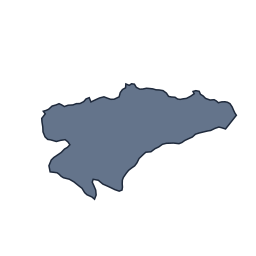 outline of Cubatão, São Paulo, Brazil, rotated 39°
{"feature_id": "56859067B74621499871087", "entity_name": "Cubatão", "entity_type": "district", "adm_level": 2, "iso_a3": "BRA", "parent_name": "Brazil", "parent_adm1": "São Paulo", "projection": "natural_earth1", "projection_center": [-46.406, -23.861], "detail": "fine", "context": "isolated", "style": "filled", "palette": "slate", "viewbox_px": 256, "rotation_deg": 39, "n_neighbors": 0, "source": "geoboundaries", "source_scale": "gbopen_adm2", "svg_char_len": 1845}
<svg xmlns="http://www.w3.org/2000/svg" viewBox="0 0 256 256"><g transform="rotate(39 128 128)"><path d="M204.4,67.4L204.2,49.9L201.6,49.1L199.1,47.9L195.7,46.1L191.9,44.9L189.1,45.4L186.8,46.6L184.3,48.8L182.3,51.5L179.6,51.4L177.1,51.8L174.2,54.6L169.6,56.2L166.2,55.8L163.1,56.2L160.2,54.7L157.2,56.3L155.5,58.7L157.9,59.7L156.6,64.1L154.8,68.2L152.5,70.6L150.6,72.9L148.3,74.3L145.2,74.5L142.2,76.6L139.6,77.9L135.9,76.7L131.7,76.9L128.3,78.8L125.7,80.7L122.6,82.0L119.8,83.8L117.3,85.5L114.8,88.6L112.7,90.4L108.9,91.2L105.4,89.9L102.9,91.4L102.1,94.1L98.6,95.1L100.8,98.3L99.5,101.6L99.7,105.4L101.5,109.4L99.1,114.4L96.5,116.6L93.1,117.8L89.7,118.9L87.0,122.5L85.2,126.1L82.8,131.1L78.8,128.8L77.1,131.8L77.0,135.3L75.3,139.2L72.5,141.6L70.7,144.7L67.1,148.0L65.0,151.4L61.8,151.8L59.1,152.5L57.6,155.3L55.2,158.7L54.5,163.4L53.2,166.0L51.6,168.3L54.8,169.1L54.9,174.8L57.3,177.4L61.1,180.8L64.4,184.5L69.1,187.1L72.8,187.4L75.1,186.0L77.9,184.8L80.8,183.6L83.4,180.0L86.5,176.6L90.0,176.6L93.4,177.6L93.1,181.2L91.9,184.3L91.5,189.1L88.9,197.6L88.5,201.2L90.3,207.1L95.1,211.1L98.6,208.9L101.1,207.4L103.7,207.3L106.3,207.6L109.1,207.3L114.7,204.7L119.9,203.9L125.9,203.9L130.2,203.8L135.0,205.5L138.1,205.7L143.4,204.3L146.8,204.4L145.4,200.1L142.0,196.6L137.7,194.3L134.3,192.6L133.2,189.8L137.8,187.3L143.8,187.4L146.3,186.7L148.9,186.0L152.1,185.2L156.5,184.2L160.9,182.6L162.4,180.0L160.9,177.4L158.7,175.1L156.4,172.0L155.5,169.3L155.1,164.1L155.1,160.5L155.9,157.0L157.0,153.3L156.9,149.6L155.8,144.7L156.6,138.5L157.1,135.6L160.8,132.0L162.0,127.1L163.8,123.4L165.0,119.0L167.4,115.8L170.4,113.2L172.8,111.1L177.5,108.1L179.0,105.4L180.0,101.9L181.8,98.2L183.7,94.5L184.3,90.4L186.3,87.3L189.5,83.1L191.9,80.0L193.8,77.9L195.8,73.6L198.0,70.1L200.7,68.8L204.4,67.4Z" fill="#64748b" stroke="#1e293b" stroke-width="1.5"/></g></svg>